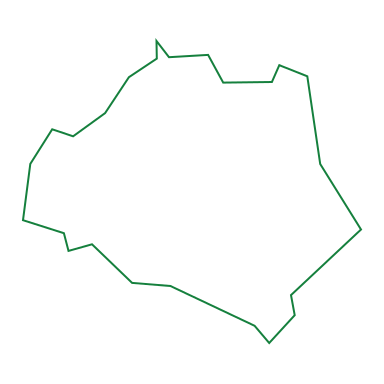 Robertson, Kentucky, United States of America (Robinson projection)
{"feature_id": "52423323B68923397025914", "entity_name": "Robertson", "entity_type": "district", "adm_level": 2, "iso_a3": "USA", "parent_name": "United States of America", "parent_adm1": "Kentucky", "projection": "robinson", "projection_center": [-84.061, 38.515], "detail": "fine", "context": "isolated", "style": "outline", "palette": "green", "viewbox_px": 384, "rotation_deg": 0, "n_neighbors": 0, "source": "geoboundaries", "source_scale": "gbopen_adm2", "svg_char_len": 423}
<svg xmlns="http://www.w3.org/2000/svg" viewBox="0 0 384 384"><path d="M361.0,229.5L320.2,164.0L307.3,76.3L279.3,65.2L271.9,82.0L223.2,82.6L208.1,54.9L169.0,57.2L156.5,41.0L156.8,58.6L128.9,77.2L105.1,113.1L73.1,136.3L52.2,129.3L30.3,163.9L23.0,220.2L63.9,233.2L68.5,250.9L92.0,244.3L132.1,282.9L170.4,286.0L254.6,325.8L269.2,343.0L294.7,315.2L291.0,295.1L361.0,229.5Z" fill="none" stroke="#15803d" stroke-width="2"/></svg>